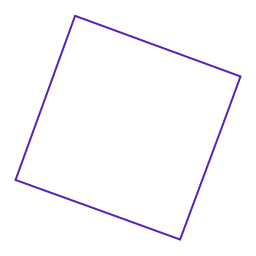 Stephens, Texas, United States of America, rotated 110°
{"feature_id": "52423323B77635562535718", "entity_name": "Stephens", "entity_type": "district", "adm_level": 2, "iso_a3": "USA", "parent_name": "United States of America", "parent_adm1": "Texas", "projection": "orthographic", "projection_center": [-98.883, 32.736], "detail": "fine", "context": "isolated", "style": "outline", "palette": "violet", "viewbox_px": 256, "rotation_deg": 110, "n_neighbors": 0, "source": "geoboundaries", "source_scale": "gbopen_adm2", "svg_char_len": 254}
<svg xmlns="http://www.w3.org/2000/svg" viewBox="0 0 256 256"><g transform="rotate(110 128 128)"><path d="M40.7,216.1L215.3,215.9L215.1,128.7L215.0,40.9L89.6,40.0L41.1,39.9L40.9,139.3L40.7,216.1Z" fill="none" stroke="#5b21b6" stroke-width="2"/></g></svg>